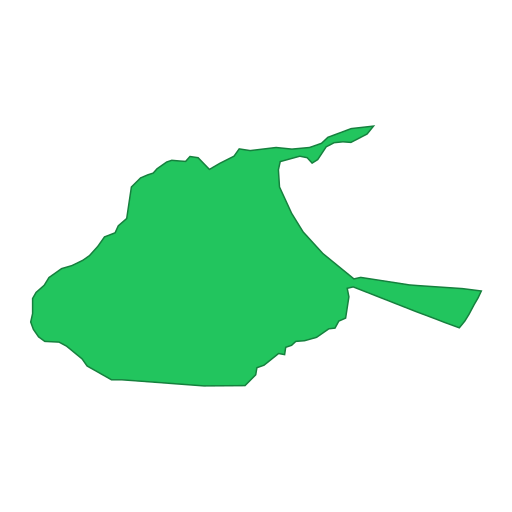 Terra de Areia, Rio Grande do Sul, Brazil
{"feature_id": "56859067B77707117894632", "entity_name": "Terra de Areia", "entity_type": "district", "adm_level": 2, "iso_a3": "BRA", "parent_name": "Brazil", "parent_adm1": "Rio Grande do Sul", "projection": "mercator", "projection_center": [-50.048, -29.591], "detail": "fine", "context": "isolated", "style": "filled", "palette": "green", "viewbox_px": 512, "rotation_deg": 0, "n_neighbors": 0, "source": "geoboundaries", "source_scale": "gbopen_adm2", "svg_char_len": 1277}
<svg xmlns="http://www.w3.org/2000/svg" viewBox="0 0 512 512"><path d="M360.7,277.4L353.9,278.9L322.8,253.5L303.1,231.9L291.6,213.3L279.5,187.0L278.4,169.8L280.2,161.6L299.8,156.2L307.2,157.7L312.1,163.1L317.7,159.6L326.2,146.8L334.1,142.7L342.9,141.8L350.9,142.4L367.1,134.0L373.5,126.1L351.2,128.6L327.9,137.3L321.5,143.3L309.5,147.5L291.9,149.1L276.1,147.5L250.2,150.6L239.2,148.9L234.0,156.2L219.9,163.3L209.4,169.4L198.1,157.7L190.0,156.5L185.6,161.4L179.7,161.0L171.8,160.3L166.7,162.0L157.1,168.7L153.2,173.1L147.9,174.8L140.6,177.9L131.4,187.0L126.7,218.5L118.3,225.8L115.1,232.8L104.5,236.9L97.8,246.4L89.5,255.6L82.8,260.3L71.9,265.6L61.6,268.6L49.0,277.5L44.2,285.3L36.1,292.4L32.6,298.5L32.6,313.6L30.7,322.0L33.4,329.4L38.6,336.9L44.8,341.4L59.0,342.1L66.5,346.1L75.5,353.5L82.1,358.9L87.1,366.0L111.5,379.8L122.0,379.8L203.8,385.9L245.0,385.6L255.7,374.8L256.9,367.7L264.0,365.2L278.6,353.5L284.6,354.6L285.7,347.3L291.6,345.3L295.8,341.4L304.6,340.7L316.6,337.3L328.8,328.8L335.0,328.1L338.8,321.1L345.6,318.1L348.9,296.8L347.2,288.3L353.2,286.9L415.8,311.5L436.6,319.3L444.5,322.4L459.3,327.8L464.8,321.1L469.0,314.3L474.2,304.5L478.1,297.8L481.3,291.0L462.5,288.6L418.1,285.6L409.1,284.9L360.7,277.4Z" fill="#22c55e" stroke="#15803d" stroke-width="1.5"/></svg>